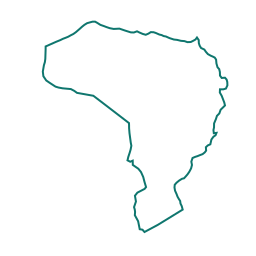 Barroquinha, Ceará, Brazil, rotated 8°
{"feature_id": "56859067B84967197177731", "entity_name": "Barroquinha", "entity_type": "district", "adm_level": 2, "iso_a3": "BRA", "parent_name": "Brazil", "parent_adm1": "Ceará", "projection": "natural_earth1", "projection_center": [-41.162, -3.004], "detail": "fine", "context": "isolated", "style": "outline", "palette": "teal", "viewbox_px": 256, "rotation_deg": 8, "n_neighbors": 0, "source": "geoboundaries", "source_scale": "gbopen_adm2", "svg_char_len": 2051}
<svg xmlns="http://www.w3.org/2000/svg" viewBox="0 0 256 256"><g transform="rotate(8 128 128)"><path d="M72.6,100.3L89.2,100.9L104.3,109.4L128.3,123.0L128.7,125.3L129.1,128.0L130.2,132.9L132.8,142.2L133.8,145.1L133.6,148.9L133.1,152.3L132.3,156.7L132.0,160.1L134.9,161.1L137.2,159.7L137.9,163.9L143.9,166.9L147.0,169.8L149.9,174.4L151.8,179.0L154.1,184.0L152.9,186.0L146.3,190.7L144.3,194.1L146.1,199.7L145.0,205.5L146.0,207.7L146.7,210.1L146.9,213.4L151.0,218.9L153.7,226.6L156.5,226.7L158.8,228.7L171.1,219.7L193.5,201.2L192.1,197.9L190.5,195.5L189.8,193.0L188.3,191.3L186.6,189.1L185.3,186.7L183.3,183.5L182.3,180.4L182.2,177.7L183.7,175.4L186.0,172.9L188.5,170.8L190.5,170.0L192.0,167.8L193.4,165.6L194.8,162.8L196.1,159.2L196.5,155.7L195.4,152.5L196.1,148.7L198.6,147.2L200.7,146.2L202.9,144.9L205.5,143.5L207.4,141.5L208.5,139.5L207.8,136.2L209.5,134.1L211.8,132.7L212.2,127.8L213.8,124.8L215.7,123.0L216.3,120.5L213.7,121.2L212.9,118.1L213.1,115.4L212.6,111.5L213.8,107.0L214.4,103.6L216.4,100.9L217.2,97.0L219.3,94.3L220.9,92.2L219.8,89.4L218.2,86.5L216.3,83.1L214.0,80.1L213.7,76.9L217.1,76.4L219.5,75.3L220.5,71.9L219.9,68.6L218.9,66.3L217.0,64.7L213.8,65.4L211.8,63.3L211.2,59.8L210.1,57.0L208.2,55.4L206.6,51.8L205.7,48.0L204.1,46.2L202.1,45.5L199.9,44.9L196.8,43.7L194.4,41.6L192.7,39.7L189.2,38.6L187.5,36.5L186.3,34.0L185.8,31.1L183.7,28.8L182.5,31.0L180.4,32.6L178.2,34.1L174.9,34.7L171.8,34.1L168.3,34.3L164.3,33.9L161.1,34.0L156.6,33.2L152.8,32.1L150.5,32.0L148.4,31.3L146.1,31.1L142.2,30.0L139.9,29.6L137.2,29.9L135.1,31.7L132.6,33.2L129.5,32.8L125.9,31.8L123.5,31.0L120.5,32.6L117.4,32.9L111.4,31.9L105.7,30.8L100.0,31.9L96.1,31.7L92.4,31.0L90.3,30.5L86.3,29.7L83.0,28.2L80.7,27.3L78.2,27.6L76.3,28.4L72.9,29.9L70.5,31.9L68.5,34.0L66.5,36.4L63.1,40.3L60.8,42.5L58.5,44.1L56.0,46.0L53.4,47.5L51.2,48.7L48.7,50.4L44.9,52.6L35.1,58.7L35.5,61.8L36.5,71.1L36.5,74.4L36.0,77.5L35.8,84.0L37.0,88.5L40.4,92.3L44.0,94.1L50.4,97.1L53.5,97.6L57.7,97.8L66.0,97.4L69.6,98.7L72.6,100.3Z" fill="none" stroke="#0f766e" stroke-width="2"/></g></svg>